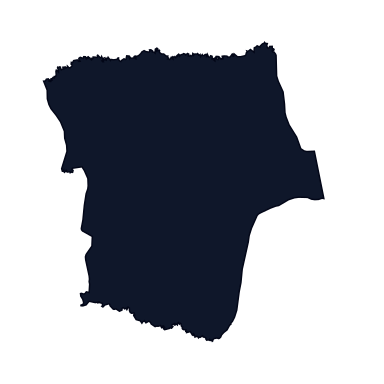 Prang Ku, Si Sa Ket, Thailand (Mercator projection), rotated 261°
{"feature_id": "78962969B23076564972122", "entity_name": "Prang Ku", "entity_type": "district", "adm_level": 2, "iso_a3": "THA", "parent_name": "Thailand", "parent_adm1": "Si Sa Ket", "projection": "mercator", "projection_center": [104.074, 14.846], "detail": "fine", "context": "isolated", "style": "filled", "palette": "ink", "viewbox_px": 384, "rotation_deg": 261, "n_neighbors": 0, "source": "geoboundaries", "source_scale": "gbopen_adm2", "svg_char_len": 5902}
<svg xmlns="http://www.w3.org/2000/svg" viewBox="0 0 384 384"><g transform="rotate(261 192 192)"><path d="M109.9,72.0L108.4,70.4L108.1,69.2L109.2,66.9L109.1,66.0L106.5,65.9L103.2,67.3L99.9,67.7L98.7,67.3L98.0,66.4L97.6,64.6L97.0,64.6L96.6,66.4L97.1,69.8L99.9,72.9L100.0,73.8L97.9,79.2L97.9,81.4L97.3,81.5L97.3,82.4L98.1,82.9L98.0,83.2L97.2,83.4L96.0,86.2L93.6,85.7L93.2,85.1L92.4,86.0L94.1,88.4L94.6,92.4L93.9,93.1L92.4,93.3L88.7,95.8L88.3,96.6L88.4,98.7L85.6,101.7L86.3,104.3L87.9,104.7L88.4,105.3L88.4,106.2L87.1,107.1L87.5,108.9L86.1,109.3L87.5,110.4L88.3,110.4L88.3,110.9L87.2,112.0L84.5,111.7L82.6,112.2L81.7,113.4L81.6,115.8L79.6,116.2L79.7,115.2L79.1,115.1L74.7,116.9L72.9,120.8L70.3,122.0L71.8,123.3L71.8,124.2L72.3,124.9L70.0,126.0L71.2,129.2L69.7,130.6L68.0,131.1L64.8,134.5L65.1,135.3L64.7,138.2L65.1,140.0L62.7,140.8L63.1,141.9L64.1,141.8L64.2,142.9L62.5,143.8L61.9,142.5L61.4,142.5L60.3,143.4L60.8,148.4L61.3,149.1L60.7,150.5L62.0,152.0L62.9,151.0L63.8,151.4L65.0,154.0L64.4,154.6L63.8,153.5L63.4,153.7L63.4,154.8L64.4,155.6L63.0,156.8L65.2,157.7L65.3,158.1L63.5,159.0L64.2,159.8L63.7,160.5L61.3,160.5L60.3,161.5L59.3,161.0L58.1,161.3L57.4,162.1L56.8,164.4L55.2,164.0L54.7,165.0L54.0,164.8L54.4,168.5L50.7,170.0L51.8,171.3L50.8,171.7L50.8,171.2L50.3,171.1L49.0,172.4L48.3,172.3L48.7,174.2L47.9,175.3L46.9,175.6L47.5,176.5L47.2,177.4L48.4,180.0L47.0,180.4L46.7,181.7L45.6,182.8L44.2,182.8L43.3,183.4L43.5,184.8L43.0,185.7L43.7,186.4L42.5,186.8L42.6,188.2L41.4,188.6L41.7,189.2L42.9,189.5L43.8,190.9L43.9,193.9L43.1,195.3L43.2,196.1L44.1,197.5L46.3,198.9L48.3,201.4L50.3,205.0L54.6,208.3L55.3,209.7L56.6,210.0L57.8,211.6L61.7,214.4L68.3,217.7L86.2,223.0L94.7,226.1L107.9,229.5L133.7,239.7L140.0,241.6L147.0,245.1L158.6,252.6L159.9,254.2L160.8,256.6L163.8,266.7L165.0,272.5L165.1,275.5L169.3,286.1L170.3,292.2L170.2,296.7L168.6,305.3L166.3,308.8L165.3,312.0L164.9,315.8L165.5,319.5L164.9,321.2L213.1,319.2L214.0,311.7L214.9,309.3L217.7,306.2L229.9,303.9L242.9,298.4L251.3,296.6L255.7,296.2L264.4,297.1L276.6,297.6L287.8,294.5L293.3,293.7L313.8,296.4L315.1,296.1L317.4,294.9L317.4,294.1L318.6,293.2L319.0,293.3L319.1,294.8L319.9,295.3L320.6,295.0L320.9,293.7L323.3,294.0L323.6,291.5L322.1,290.3L322.4,289.1L325.0,288.7L326.8,289.6L327.3,287.7L328.3,287.1L327.9,286.9L327.2,284.6L325.4,282.1L324.4,281.7L326.2,279.2L325.2,277.9L324.7,276.1L320.3,275.1L323.6,272.0L322.1,269.4L322.7,268.2L321.6,268.4L320.8,267.3L319.2,266.9L318.3,265.6L318.0,261.2L318.4,258.1L321.9,255.1L320.5,254.3L319.5,254.3L319.6,253.5L321.0,253.2L321.7,253.8L322.0,253.4L319.0,250.4L319.6,249.6L319.4,248.5L320.7,247.8L321.3,245.1L320.5,244.2L321.4,243.9L321.3,243.1L320.2,243.7L319.5,242.6L318.9,243.5L318.5,243.3L318.5,241.5L321.5,239.7L321.9,238.3L321.5,238.2L321.0,239.2L320.1,239.6L318.7,238.4L319.5,237.4L321.8,237.5L322.1,237.1L321.0,236.1L320.2,234.3L319.8,234.6L320.4,235.5L319.8,236.3L319.5,235.3L317.9,235.1L319.1,233.9L320.5,233.5L320.4,232.5L322.2,233.1L323.1,232.9L323.6,231.7L323.0,231.6L322.3,230.2L323.0,229.4L324.9,228.9L323.5,228.5L323.4,227.5L325.3,228.1L325.8,227.7L325.6,226.2L324.8,225.7L325.1,224.0L326.1,223.6L324.3,221.7L326.3,221.5L325.8,221.0L326.0,220.0L326.7,220.1L327.9,219.0L327.3,218.3L327.9,216.4L326.8,214.9L328.2,214.9L328.7,214.5L326.8,213.7L326.2,212.5L327.1,211.9L326.5,210.5L326.8,209.6L328.6,210.4L329.5,209.3L328.3,207.0L329.4,206.6L330.0,205.2L329.4,204.4L329.3,202.6L328.2,201.2L329.0,201.2L330.2,200.4L329.1,198.6L328.6,199.2L328.1,199.1L328.0,197.7L327.2,197.0L328.4,196.3L327.8,195.6L328.5,194.4L326.1,194.1L326.5,193.6L328.2,193.7L328.4,192.6L326.6,191.4L326.3,190.8L327.2,188.8L327.9,189.8L328.9,188.9L330.0,189.4L330.4,187.6L332.7,185.7L333.1,183.5L334.8,181.8L335.3,181.6L336.8,182.1L337.4,181.6L336.5,179.0L337.2,178.9L338.8,180.5L339.6,179.8L338.8,178.1L335.0,177.3L336.0,176.5L336.5,174.8L337.5,175.1L338.9,173.6L339.0,172.3L337.7,172.4L336.9,171.3L337.9,168.4L339.1,166.8L338.1,164.3L336.8,163.2L335.1,160.7L334.6,158.8L335.2,157.1L334.8,156.0L334.4,155.9L333.6,157.6L332.3,157.4L333.2,156.2L333.6,154.8L333.5,153.6L334.0,152.2L335.2,151.7L333.9,151.2L336.3,150.5L336.7,148.8L333.5,147.6L333.3,146.7L334.2,145.7L332.9,142.9L332.0,142.1L332.8,140.9L334.6,140.2L335.9,140.4L335.8,139.5L334.7,138.8L334.8,135.3L335.6,132.7L334.7,132.0L338.2,130.2L337.3,129.6L337.6,127.5L336.5,128.1L335.6,127.9L336.4,126.6L335.5,124.6L334.5,124.9L334.5,124.3L335.7,123.5L336.1,124.4L338.0,125.9L337.7,124.5L339.9,123.9L339.0,123.4L339.0,122.3L341.9,120.3L341.7,119.9L340.6,120.1L339.8,119.5L340.8,115.5L339.6,115.3L339.7,114.0L339.0,114.5L338.2,113.5L339.1,112.4L340.5,111.8L340.4,110.6L341.2,111.1L341.8,110.7L341.2,109.0L340.2,109.1L339.8,108.4L342.3,107.8L342.6,106.2L341.0,105.4L342.5,102.7L341.8,101.3L341.1,101.0L338.6,101.9L338.7,100.5L340.4,99.4L340.3,95.7L338.3,94.1L338.9,93.1L337.2,92.6L336.3,93.4L335.1,93.2L333.6,90.8L334.1,89.8L335.8,88.6L334.6,88.3L334.2,86.7L334.4,86.1L335.3,86.3L335.4,84.0L333.6,84.5L333.7,83.5L333.1,82.1L333.4,81.7L336.0,81.5L336.3,80.7L335.9,79.6L336.3,78.9L335.6,78.6L333.7,79.3L331.4,78.9L333.5,77.5L333.6,77.0L332.4,76.5L328.9,76.2L327.4,75.3L327.6,74.1L326.2,73.7L326.9,72.8L325.9,71.6L325.8,70.6L324.5,71.1L324.9,69.4L324.4,69.4L323.8,70.2L323.2,69.7L324.0,67.8L325.0,68.3L326.2,67.8L326.2,65.8L324.6,64.6L324.7,62.8L315.3,64.9L306.6,63.7L300.8,64.4L296.3,65.8L288.8,70.0L281.8,73.2L272.0,75.5L265.0,74.7L257.9,75.5L251.7,74.9L235.4,66.9L232.8,67.2L232.6,68.0L233.6,68.8L231.9,68.8L231.4,69.2L233.0,70.7L233.1,71.3L232.6,71.6L232.0,70.9L231.2,72.1L231.2,74.5L230.1,74.7L230.7,75.9L230.1,76.7L230.2,77.2L232.0,77.9L233.1,76.9L234.2,77.6L234.1,87.3L229.9,89.1L221.6,91.3L214.3,90.4L211.4,89.6L206.9,87.2L195.7,83.6L181.4,79.9L173.3,77.0L172.0,77.0L170.6,77.8L163.7,86.6L154.2,84.7L146.9,77.7L144.6,76.6L141.6,76.4L125.1,77.3L122.0,77.1L119.5,76.4L117.0,76.5L108.9,74.7L109.9,72.0Z" fill="#0f172a" stroke="#020617" stroke-width="1.5"/></g></svg>